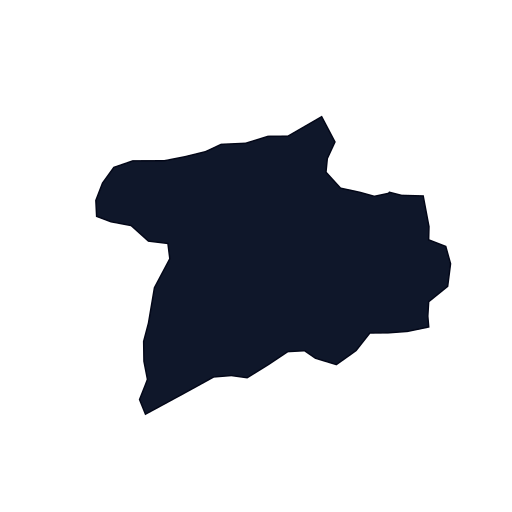 the district of Karlskoga, Orebro, Sweden, rotated 330°
{"feature_id": "70781695B86171963253303", "entity_name": "Karlskoga", "entity_type": "district", "adm_level": 2, "iso_a3": "SWE", "parent_name": "Sweden", "parent_adm1": "Orebro", "projection": "natural_earth1", "projection_center": [14.6, 59.407], "detail": "fine", "context": "isolated", "style": "filled", "palette": "ink", "viewbox_px": 512, "rotation_deg": 330, "n_neighbors": 0, "source": "geoboundaries", "source_scale": "gbopen_adm2", "svg_char_len": 899}
<svg xmlns="http://www.w3.org/2000/svg" viewBox="0 0 512 512"><g transform="rotate(330 256 256)"><path d="M95.9,312.2L83.4,322.1L81.2,337.7L125.6,338.9L158.9,339.6L174.9,347.2L187.5,357.0L212.8,356.2L235.7,354.7L250.7,362.3L256.4,374.3L271.3,390.2L289.5,388.5L295.4,387.9L316.1,379.6L332.2,388.7L349.4,397.0L370.1,403.8L374.7,394.0L382.7,381.9L406.8,378.1L420.6,360.0L425.1,342.6L413.6,328.3L420.5,317.0L421.0,315.5L430.8,287.6L412.4,276.3L403.4,267.5L402.1,268.0L388.3,263.5L378.0,253.0L363.1,239.5L358.5,218.4L366.5,207.2L381.4,196.7L382.5,168.2L381.6,168.2L343.5,168.2L326.3,158.4L303.4,153.2L281.6,141.9L264.4,140.4L243.8,134.4L224.3,127.7L196.8,112.0L177.2,108.2L159.6,116.1L145.1,127.8L137.8,142.0L147.5,153.8L163.1,167.2L170.3,189.3L186.0,201.1L180.0,215.3L152.2,232.7L129.3,260.4L116.0,273.8L106.3,291.2L100.3,308.6L95.9,312.2Z" fill="#0f172a" stroke="#020617" stroke-width="1.5"/></g></svg>